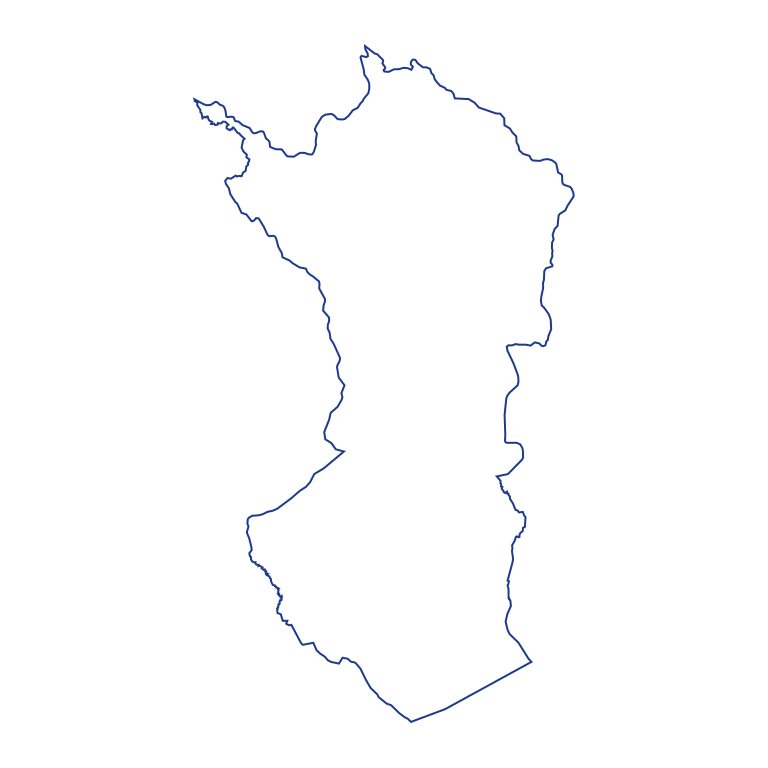 outline of Laplae, Uttaradit, Thailand
{"feature_id": "78962969B92512161501034", "entity_name": "Laplae", "entity_type": "district", "adm_level": 2, "iso_a3": "THA", "parent_name": "Thailand", "parent_adm1": "Uttaradit", "projection": "mercator", "projection_center": [99.982, 17.658], "detail": "fine", "context": "isolated", "style": "outline", "palette": "blue", "viewbox_px": 768, "rotation_deg": 0, "n_neighbors": 0, "source": "geoboundaries", "source_scale": "gbopen_adm2", "svg_char_len": 6075}
<svg xmlns="http://www.w3.org/2000/svg" viewBox="0 0 768 768"><path d="M194.4,99.2L194.8,101.1L197.5,102.7L197.2,105.1L200.3,109.9L200.4,112.2L201.5,113.2L202.5,118.3L204.3,116.8L205.9,117.5L207.1,116.4L207.8,116.6L208.6,119.6L209.5,120.7L212.0,121.8L211.0,124.0L211.9,124.2L213.8,123.5L215.1,125.0L217.6,124.7L217.9,123.1L220.5,123.5L221.5,123.2L222.7,121.7L225.2,121.8L228.5,124.7L226.6,126.2L226.6,128.3L229.7,130.2L230.4,129.3L231.8,129.5L232.6,127.5L233.5,127.5L237.7,133.0L239.4,133.4L240.3,134.9L244.6,138.8L243.1,140.3L241.6,147.6L243.5,151.6L246.8,154.6L246.4,157.3L249.4,159.4L248.9,161.7L247.9,162.9L248.2,164.7L246.4,166.2L245.6,170.9L243.2,172.5L241.5,176.2L238.7,175.9L237.0,176.5L235.7,175.6L230.9,178.7L227.6,178.0L225.2,180.8L225.9,183.9L228.8,188.1L230.4,194.3L235.3,202.0L237.1,203.4L241.5,212.8L246.4,214.5L251.7,221.3L253.8,220.8L256.1,218.1L258.7,218.4L263.7,226.6L267.6,234.9L269.3,236.2L273.4,235.8L275.1,236.6L276.2,238.7L278.3,246.8L281.8,253.1L282.5,257.3L289.7,260.6L292.9,263.4L299.6,267.4L305.8,268.6L307.5,272.2L310.0,274.6L313.0,276.4L319.0,281.4L319.5,283.9L319.2,288.5L325.1,299.2L324.9,301.6L323.6,305.5L323.1,310.6L329.1,317.6L329.1,321.3L327.8,324.8L327.7,328.6L329.6,332.5L330.4,338.6L333.8,344.1L340.1,358.1L339.6,361.0L337.4,365.3L337.0,367.0L338.7,377.5L344.5,385.3L341.4,393.2L342.4,397.0L341.8,399.5L337.6,406.8L330.7,412.8L329.1,419.8L324.2,432.1L325.3,439.3L331.4,443.1L335.8,449.3L343.9,451.5L323.8,468.3L314.3,474.0L310.1,482.2L306.0,486.8L300.0,490.7L291.2,498.3L277.3,508.7L272.6,510.8L267.6,511.8L262.3,514.4L257.8,515.4L252.4,515.7L249.0,517.6L247.8,519.2L247.4,523.6L248.5,526.5L247.0,531.6L247.0,533.0L249.3,538.6L251.3,546.8L251.7,550.1L249.3,553.2L249.9,556.1L250.9,556.9L251.0,559.4L252.2,561.5L254.4,562.4L255.5,562.2L255.4,563.6L256.6,564.7L258.6,564.8L258.5,565.9L259.1,565.6L261.3,566.6L261.8,567.1L261.7,568.0L262.5,567.8L262.3,568.8L263.4,569.6L264.6,569.5L264.4,570.2L265.3,570.4L265.3,571.4L266.3,571.5L266.6,572.8L265.8,572.7L265.9,573.9L266.8,573.6L267.0,574.3L267.8,574.2L267.1,575.3L269.5,576.5L269.8,578.0L270.8,578.6L271.1,581.5L272.8,584.9L274.7,585.3L274.9,586.2L275.9,586.4L276.0,587.3L278.1,588.0L277.9,588.7L278.5,588.9L277.9,589.3L278.5,590.3L278.1,592.5L278.5,593.1L278.1,593.6L279.2,593.9L279.3,594.8L278.8,595.1L280.3,596.5L281.2,596.1L280.9,596.9L281.6,596.9L281.3,597.6L281.8,598.0L281.5,599.5L280.7,599.6L281.0,600.4L280.1,600.6L279.5,601.5L279.7,603.7L278.5,604.3L278.8,604.9L278.1,606.1L278.3,607.0L277.1,608.4L277.7,609.1L277.2,610.0L277.5,613.0L280.8,614.3L282.8,620.8L287.3,620.8L286.2,623.4L286.5,624.1L289.4,625.3L291.4,624.9L301.0,643.0L302.8,644.8L313.3,642.8L316.6,650.3L320.4,653.8L324.7,656.6L327.9,660.3L331.1,661.9L338.9,663.6L342.6,657.7L347.8,658.8L351.1,661.8L354.5,662.4L355.9,663.3L360.4,668.6L366.0,680.0L370.6,688.0L377.3,694.4L378.7,697.2L386.6,703.6L391.1,705.2L399.3,713.2L404.8,717.3L407.7,718.7L411.0,721.9L445.2,709.1L531.4,661.9L528.3,658.4L518.4,642.6L509.6,634.1L507.6,629.9L505.6,621.6L507.4,613.9L510.9,606.0L510.4,600.9L510.0,599.9L509.1,599.3L509.1,598.1L508.6,598.1L508.5,589.1L507.6,585.4L508.4,584.0L508.9,581.2L507.6,580.6L512.7,561.6L513.0,558.1L512.0,551.3L512.4,548.2L512.1,545.3L514.6,541.0L516.0,536.7L516.8,536.4L518.7,537.3L519.4,537.0L519.5,534.8L520.4,532.9L522.7,531.1L523.0,527.8L524.9,526.9L525.5,517.1L524.3,515.7L522.8,511.9L518.9,512.4L517.6,510.5L515.5,509.9L513.0,503.5L509.9,498.7L509.9,496.6L508.4,494.7L508.4,493.5L507.2,493.5L506.9,491.7L505.2,493.0L503.9,492.3L503.6,491.2L501.8,488.9L502.4,486.9L501.0,486.4L501.2,484.3L500.4,483.4L500.6,480.9L496.8,476.4L507.9,474.1L521.9,459.8L523.1,457.7L522.9,450.4L522.2,447.7L520.1,444.3L516.6,442.8L506.8,442.8L505.5,442.1L505.0,440.9L505.3,434.7L504.6,414.8L506.3,398.5L507.2,396.0L509.6,392.6L517.6,385.3L518.5,381.8L518.2,376.6L517.6,374.3L513.4,363.1L507.4,350.6L506.8,346.6L508.5,345.3L511.9,345.4L515.7,344.1L519.0,344.7L525.9,344.7L530.6,345.6L534.8,342.4L539.2,343.4L541.6,345.8L543.2,346.2L545.4,345.3L546.4,341.4L547.9,339.7L548.4,336.0L551.2,329.3L550.7,319.7L549.0,314.7L547.9,312.9L543.8,307.3L541.8,305.6L540.9,301.1L541.3,296.7L543.1,288.3L543.1,282.4L543.9,280.1L544.3,271.0L546.0,268.3L552.3,266.3L552.4,264.7L550.7,262.8L550.6,260.8L552.4,256.2L552.1,253.4L552.6,250.8L551.9,248.1L552.1,242.5L553.6,239.5L552.6,234.7L554.7,228.9L557.6,225.9L558.6,215.6L559.6,214.0L565.3,210.4L567.5,205.8L573.6,196.5L573.5,193.4L571.7,188.7L570.0,186.8L564.4,185.0L562.7,183.6L562.3,182.2L562.1,175.5L561.5,174.5L558.1,172.4L556.3,163.9L554.7,162.1L551.7,160.2L548.0,159.1L544.0,159.5L539.9,160.9L532.9,160.5L531.1,159.2L529.4,155.8L523.1,153.9L519.2,150.2L518.5,145.9L516.5,142.3L516.3,136.4L512.5,132.6L509.9,128.5L504.5,125.3L504.2,118.2L500.2,113.7L495.9,113.4L478.8,107.5L474.6,102.7L468.7,99.1L454.8,98.4L453.5,93.8L451.4,91.1L446.3,89.7L444.9,87.9L439.9,85.5L436.8,82.0L434.8,79.4L433.5,75.1L431.4,73.1L430.1,68.9L426.8,67.4L422.9,67.3L417.6,63.2L415.7,60.3L414.5,59.6L412.6,59.7L410.9,62.0L410.8,64.5L412.9,66.8L411.4,69.8L407.8,68.2L403.6,67.8L399.0,69.2L394.0,69.3L388.6,71.9L384.3,71.5L383.6,70.1L385.1,68.3L385.2,67.3L382.4,63.4L383.2,61.2L382.8,59.8L377.2,54.2L374.8,53.6L365.1,46.1L365.3,49.0L367.7,53.7L367.9,56.2L366.3,57.1L361.5,55.9L360.5,57.4L363.7,69.3L364.4,74.7L367.7,79.6L369.2,83.2L369.3,88.4L368.4,93.1L363.7,98.9L362.6,101.3L360.5,103.4L357.6,107.9L352.8,110.3L348.7,115.7L344.8,119.0L342.1,119.5L337.6,119.1L333.8,115.1L331.2,113.9L325.3,114.7L321.9,116.8L316.1,126.2L315.0,129.0L315.0,130.4L316.9,133.5L315.7,141.1L316.0,144.9L313.9,151.7L312.5,154.1L311.7,154.5L309.0,154.4L304.6,152.9L300.8,152.8L298.8,153.5L293.9,156.7L287.6,156.4L286.1,155.1L281.8,149.4L275.6,149.2L270.1,146.9L269.5,142.0L268.4,140.4L265.9,138.3L263.9,132.7L263.1,131.6L260.8,131.2L255.5,133.2L253.5,133.2L252.3,132.4L249.6,128.0L242.6,125.1L238.6,121.6L235.2,121.1L233.6,117.2L231.2,116.7L227.6,117.1L226.3,116.6L225.5,110.8L224.2,107.2L222.6,105.6L220.2,104.9L217.3,102.3L215.5,101.8L210.5,105.0L206.6,105.2L203.6,104.2L194.4,99.2Z" fill="none" stroke="#1e3a8a" stroke-width="2"/></svg>